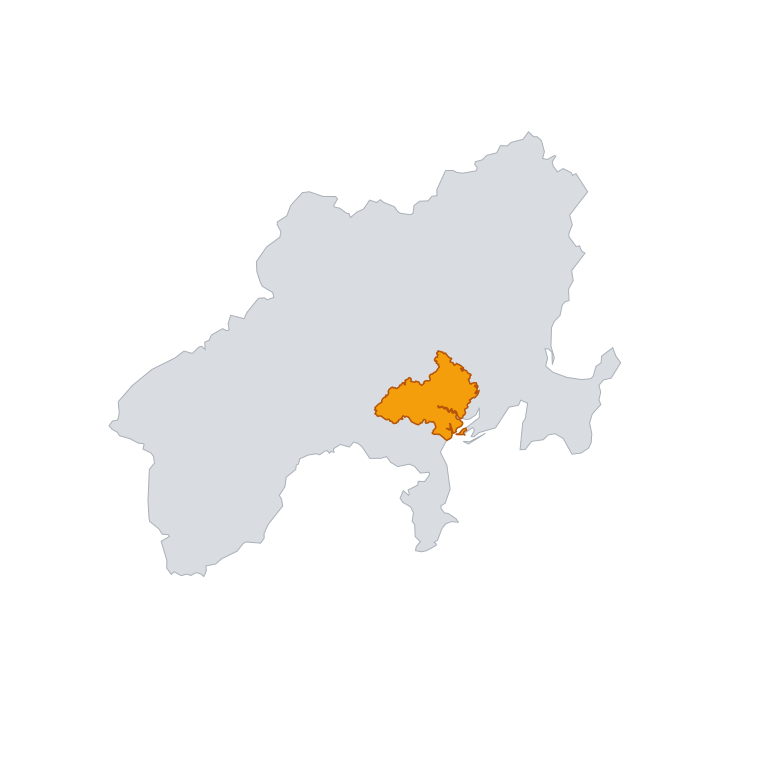 Mykolayiv highlighted on a map of Ukraine, rotated 314°
{"feature_id": "UKR-284", "entity_name": "Mykolayiv", "entity_type": "Region", "adm_level": 1, "iso_a3": "UKR", "parent_name": "Ukraine", "parent_adm1": "", "projection": "orthographic", "projection_center": [31.887, 47.325], "detail": "fine", "context": "in_parent", "style": "filled", "palette": "amber", "viewbox_px": 768, "rotation_deg": 314, "n_neighbors": 0, "source": "natural_earth", "source_scale": "10m", "svg_char_len": 9810}
<svg xmlns="http://www.w3.org/2000/svg" viewBox="0 0 768 768"><g transform="rotate(314 384 384)"><path d="M515.9,511.1L524.4,523.0L531.4,529.0L534.8,529.1L543.9,524.3L550.0,525.4L555.2,521.2L569.0,523.3L565.2,531.3L563.7,539.5L546.1,543.3L539.3,539.0L532.4,539.5L528.7,545.5L521.9,549.7L519.8,554.3L507.1,554.6L498.8,559.0L492.6,568.0L485.7,573.8L480.0,575.7L471.2,573.7L464.1,568.0L469.3,550.8L467.1,541.7L461.5,537.5L454.5,537.3L445.3,530.0L434.9,531.1L431.3,527.5L452.6,510.6L457.2,509.7L469.9,500.7L467.4,493.6L462.0,495.5L454.2,490.0L430.0,494.7L415.3,486.2L408.4,485.2L406.7,483.2L413.8,481.2L414.3,478.1L404.5,476.1L399.3,472.1L426.1,475.9L433.2,469.0L425.8,471.5L418.3,470.0L415.5,467.8L412.2,461.0L412.0,451.4L408.7,443.0L406.1,440.3L411.2,454.1L409.8,467.5L398.6,466.7L399.6,461.3L394.3,468.4L385.4,468.6L374.1,471.9L369.3,485.6L354.3,504.6L340.7,510.8L336.2,509.6L334.2,511.1L333.2,517.0L335.4,519.9L337.1,529.5L336.2,533.5L331.7,528.0L326.2,525.5L320.1,526.1L308.8,531.1L305.0,530.0L305.2,532.8L304.1,533.6L293.7,530.4L289.3,527.5L286.0,522.4L289.4,520.2L295.8,519.6L295.9,512.4L304.2,503.8L304.7,499.7L311.9,494.6L314.1,488.5L311.9,479.5L313.0,474.9L320.7,472.0L321.0,479.0L322.7,478.4L324.5,474.9L334.7,478.5L337.8,476.2L342.1,481.0L350.0,479.9L351.9,477.8L345.2,472.0L346.0,463.1L344.0,458.0L334.1,451.2L332.3,443.2L333.5,436.3L328.4,433.4L320.6,425.4L323.6,411.7L323.2,406.5L321.1,402.5L314.6,402.9L310.1,394.5L302.3,392.7L300.0,395.5L298.8,392.8L296.2,392.8L296.6,389.5L294.8,388.1L288.4,386.9L286.9,383.8L280.2,378.8L271.7,375.4L266.9,378.1L264.8,377.2L261.1,379.9L249.0,378.4L241.3,384.1L231.1,386.1L229.9,390.4L225.8,395.9L203.0,398.1L193.2,401.5L189.8,404.9L183.8,405.8L174.7,394.6L171.7,393.5L161.7,394.5L145.8,388.7L137.5,387.9L129.4,382.3L126.3,385.9L120.3,388.1L120.1,384.0L117.8,379.9L112.0,378.0L110.4,374.3L105.3,371.3L103.2,363.6L99.3,363.3L100.7,355.5L106.2,350.5L116.1,332.9L125.3,335.6L125.8,333.6L121.9,328.8L123.4,323.0L122.3,311.0L124.4,308.0L136.3,295.1L159.6,274.5L167.7,273.8L171.9,268.4L172.5,264.2L169.8,255.8L174.0,253.3L173.8,252.0L170.8,248.4L168.1,239.1L163.1,229.7L164.0,225.7L162.5,219.6L163.1,215.1L168.7,214.4L173.1,217.4L178.8,214.1L186.7,205.1L207.9,204.0L233.2,206.9L257.8,215.6L268.7,217.2L272.9,224.9L282.0,225.2L284.5,226.7L284.6,231.3L289.6,226.0L294.1,227.8L299.4,225.8L311.7,229.5L313.0,233.7L315.4,234.9L319.2,229.9L326.9,226.0L333.8,238.0L340.1,235.7L358.4,234.1L362.8,238.0L363.5,241.5L369.8,244.6L372.5,240.3L369.7,228.6L371.3,224.2L376.6,214.4L383.4,207.2L401.0,204.3L417.3,207.1L422.0,204.0L424.4,196.4L426.5,194.7L437.5,197.3L447.5,192.9L464.8,192.3L470.4,196.7L476.4,209.6L485.2,218.9L484.8,222.0L477.1,224.0L477.0,225.7L479.7,230.0L480.9,239.1L482.3,240.2L480.6,244.3L488.9,245.0L495.7,247.8L506.3,245.9L509.5,252.7L514.1,253.3L514.4,257.8L518.8,268.3L517.6,274.0L518.3,277.4L524.2,285.4L526.8,286.4L533.2,281.6L540.2,282.6L546.4,288.5L552.4,288.1L556.3,291.3L560.3,287.1L580.3,280.0L585.6,285.4L586.6,289.0L590.0,293.9L601.3,302.2L604.3,301.0L604.9,296.8L607.3,295.3L613.6,299.0L619.7,299.0L628.6,304.5L636.4,302.2L640.9,307.3L645.9,307.5L656.5,314.0L665.8,312.8L665.8,319.8L668.3,322.6L668.4,328.3L662.5,338.0L656.4,341.4L659.0,345.6L666.7,347.9L667.3,349.3L660.7,350.6L658.3,354.2L657.1,361.5L663.4,363.2L666.1,371.8L665.0,374.7L668.7,375.9L663.7,397.0L634.4,400.2L629.3,408.9L620.7,412.4L618.3,415.0L616.4,426.7L619.2,428.6L617.0,433.7L617.7,437.7L595.9,440.2L589.8,448.3L580.3,450.9L572.5,459.2L568.8,457.1L564.6,457.4L555.6,463.0L547.2,463.0L540.8,465.4L527.2,477.8L521.1,488.3L514.9,491.6L523.4,482.9L523.6,478.5L521.4,475.2L516.2,483.8L509.2,487.8L509.8,497.5L515.9,511.1ZM419.1,491.3L399.5,486.4L397.7,480.8L402.0,485.7L419.1,491.3Z" fill="#d9dde1" stroke="#a8b0b8" stroke-width="1"/><path d="M412.9,464.0L412.1,462.2L411.9,460.2L412.5,458.7L413.4,457.3L414.1,455.6L414.3,454.7L414.2,453.9L413.9,453.4L412.2,453.1L411.9,452.8L412.0,452.1L413.3,450.1L413.1,449.8L412.2,449.7L410.7,449.9L410.1,449.8L409.6,449.3L410.5,447.3L410.6,446.1L410.2,444.9L409.7,444.4L408.9,444.1L408.7,443.4L408.6,441.9L408.5,441.6L408.0,441.1L406.1,440.1L405.8,439.5L405.9,438.6L405.9,438.2L405.5,438.1L404.8,439.4L405.1,439.9L405.6,440.5L406.2,440.9L407.7,441.3L408.0,441.8L408.0,444.7L408.1,444.9L408.9,445.1L409.9,446.0L409.6,446.9L408.9,448.0L408.7,450.2L409.7,450.6L411.2,450.4L412.3,450.6L411.3,451.7L410.9,452.5L410.7,453.3L411.0,454.1L411.6,454.3L413.0,453.6L413.1,454.7L412.8,456.1L412.2,457.4L411.5,457.9L410.7,458.2L410.0,458.9L409.6,459.9L409.6,461.2L410.8,462.9L411.0,463.2L410.7,465.3L411.0,466.8L410.7,467.5L410.5,467.8L409.4,468.5L407.9,468.8L406.5,468.5L403.3,467.3L401.3,467.5L400.7,467.8L400.1,469.0L399.4,469.1L398.6,468.5L397.2,468.5L397.0,468.3L396.9,467.6L397.2,466.8L399.0,463.7L399.5,462.7L399.5,462.2L399.9,461.8L401.4,459.6L401.0,458.9L400.8,459.2L400.3,460.5L399.1,461.2L398.3,462.6L397.8,462.8L396.9,462.2L396.1,460.4L395.6,460.2L395.9,461.4L396.0,462.4L396.2,462.7L397.6,463.7L397.7,464.0L396.8,465.8L396.3,466.2L395.1,468.0L394.7,468.4L394.1,468.6L392.1,469.7L391.6,469.5L390.7,469.4L390.3,469.1L390.0,469.4L389.4,469.0L387.1,468.4L386.7,465.7L386.7,464.8L386.8,463.9L386.7,463.2L386.4,458.9L385.2,458.0L384.8,457.0L384.3,456.4L382.9,455.4L382.4,454.4L382.1,452.9L382.3,452.7L384.1,452.5L384.8,451.6L385.2,451.6L385.7,451.9L388.5,451.6L388.8,451.0L389.7,450.5L390.1,449.1L390.8,448.1L390.9,447.0L391.2,446.1L391.2,445.6L390.0,445.2L389.6,444.1L389.1,443.5L388.5,442.5L387.2,442.9L386.3,442.3L385.3,442.0L385.0,441.7L385.0,441.3L385.1,440.5L385.3,440.2L386.2,439.9L386.7,439.4L386.9,438.9L386.7,438.2L386.3,437.4L383.6,437.9L382.6,438.3L382.2,438.2L381.9,437.6L381.6,437.4L380.3,437.4L378.5,437.0L377.5,435.1L376.1,430.4L375.9,429.6L376.6,427.8L376.7,426.2L377.1,426.0L377.2,425.6L377.1,424.1L376.0,422.3L375.7,422.2L374.5,422.0L374.6,421.1L374.6,420.2L374.3,419.7L372.3,420.2L371.9,421.7L371.5,421.9L371.2,421.6L371.0,421.3L370.9,420.4L370.6,420.1L369.2,420.0L368.2,419.5L367.3,420.2L366.8,420.4L366.1,419.9L364.4,420.1L363.7,419.5L362.6,418.8L362.4,418.4L362.1,417.0L362.5,415.9L362.5,415.4L361.4,414.0L361.4,413.7L362.1,412.8L361.9,411.9L361.6,411.5L360.4,411.0L359.8,410.2L359.6,409.7L358.9,404.2L357.6,402.6L356.7,402.2L356.4,401.9L356.4,401.0L356.7,400.4L356.7,399.2L356.2,398.7L356.3,398.5L356.6,398.2L357.7,397.7L358.4,397.7L358.7,397.4L359.5,397.5L359.7,397.3L359.7,396.9L359.0,396.3L359.0,395.2L360.2,395.2L360.6,394.1L360.8,393.9L365.7,394.0L366.5,394.2L367.9,394.7L369.5,395.0L369.7,394.9L370.1,394.1L370.3,394.0L372.3,393.3L375.0,393.5L375.5,394.3L375.9,394.4L376.2,394.3L376.7,393.4L377.2,393.1L377.7,393.5L377.9,394.2L378.1,394.3L378.7,394.5L379.1,394.4L379.8,393.8L381.0,393.4L381.3,392.5L381.6,392.2L383.1,391.6L383.8,391.5L386.1,391.7L387.2,392.0L387.7,392.3L387.9,393.9L388.2,394.2L389.1,394.6L389.2,395.9L389.4,396.2L389.8,396.4L392.8,396.9L394.1,396.2L394.3,396.3L394.6,396.9L395.1,397.1L396.0,396.7L398.0,396.6L398.2,396.8L398.2,397.3L398.1,398.3L397.8,399.2L397.8,399.4L398.2,399.6L398.6,399.5L398.7,398.5L398.9,398.1L399.2,397.9L399.8,398.3L400.6,398.1L400.7,397.9L400.8,397.0L401.6,396.6L401.9,396.7L402.5,397.3L403.5,397.4L404.2,397.8L405.7,397.6L406.1,397.7L406.6,399.1L406.6,399.5L406.5,400.0L405.9,400.6L404.6,401.1L404.5,401.4L406.1,404.1L406.5,404.6L406.8,405.0L407.8,404.8L408.2,405.0L408.5,405.5L408.7,406.3L409.5,407.4L409.6,408.1L408.9,409.3L408.8,409.8L409.2,410.6L409.1,411.6L409.3,412.1L409.7,412.2L412.5,412.2L412.8,412.0L412.9,411.5L413.2,411.4L414.7,411.5L416.2,412.5L416.8,413.5L417.2,414.0L418.5,414.5L419.1,414.3L419.5,414.0L420.9,411.4L421.6,411.0L422.7,410.8L423.3,410.9L424.5,411.5L425.1,412.1L426.3,411.9L429.1,412.8L434.9,411.8L435.0,411.5L435.1,410.0L435.9,409.8L436.1,409.6L435.7,409.0L435.7,408.2L435.4,407.5L435.4,407.0L435.6,406.8L436.9,406.5L437.1,406.3L437.1,405.6L436.2,405.3L436.0,405.1L436.0,404.4L436.3,403.7L437.1,403.2L439.1,402.7L439.4,402.8L440.0,403.6L440.4,403.8L440.7,403.7L441.2,402.8L442.5,402.4L442.5,402.1L442.4,401.1L442.6,400.6L443.2,400.3L444.6,400.4L445.2,399.9L445.5,400.0L445.8,400.9L446.7,402.1L446.8,403.1L447.8,404.0L447.3,405.6L447.3,405.9L447.6,406.2L448.1,406.1L448.5,406.3L449.0,407.0L448.6,407.9L448.6,409.0L448.3,410.2L448.3,412.9L448.5,413.4L449.1,414.1L449.3,414.7L449.1,415.1L447.7,415.3L446.5,415.6L445.9,416.1L446.0,416.4L446.9,418.3L447.2,419.3L447.1,419.8L446.3,420.8L446.3,421.4L446.7,421.8L449.4,422.1L449.4,423.1L449.5,423.8L450.3,424.7L450.4,425.0L450.2,426.0L450.7,427.2L450.5,428.8L450.9,429.7L450.8,430.0L450.7,430.2L449.8,430.3L449.4,430.2L448.7,428.6L448.4,428.5L448.2,429.5L447.5,430.6L447.7,431.1L448.1,431.5L449.8,431.7L450.6,433.4L450.8,434.5L450.2,436.4L450.2,437.1L451.2,439.3L450.9,440.4L450.7,440.5L449.5,440.2L448.4,441.5L448.0,441.7L446.8,441.8L446.3,441.3L446.0,441.3L444.8,444.2L444.1,445.2L444.1,445.5L444.3,446.6L445.4,446.7L447.3,447.8L448.9,449.4L448.8,449.9L447.9,451.1L447.8,451.8L446.9,451.2L446.1,450.3L445.8,450.5L445.3,451.0L445.3,452.1L445.5,452.6L447.1,452.7L447.5,453.2L447.0,453.6L445.6,454.0L445.2,454.2L444.5,455.0L440.8,455.8L440.6,456.1L440.7,456.4L441.3,456.8L442.1,456.8L443.8,456.6L445.1,457.0L444.2,457.6L441.4,458.7L439.5,458.7L437.4,458.9L437.1,458.7L436.5,457.8L435.6,457.5L435.2,457.2L433.6,457.2L431.9,456.6L431.7,456.8L431.7,458.0L431.3,458.5L429.5,458.6L429.3,458.5L429.0,458.0L428.7,457.9L426.9,458.3L426.3,458.9L425.8,460.3L425.4,460.4L424.5,460.4L422.6,459.7L421.8,459.8L421.1,460.2L420.3,462.2L419.7,462.8L417.8,463.3L416.4,462.8L415.9,462.9L415.1,463.6L414.6,463.8L412.9,463.7L412.9,464.0ZM408.0,475.5L405.7,474.7L405.0,474.7L404.4,474.9L403.8,475.7L403.6,476.1L403.6,478.1L402.9,476.0L402.6,475.7L402.1,475.6L398.3,471.6L397.7,470.4L398.8,471.3L399.7,472.2L400.2,472.5L406.0,472.1L407.1,472.4L409.1,473.6L408.0,475.5Z" fill="#f59e0b" stroke="#b45309" stroke-width="1.5"/></g></svg>